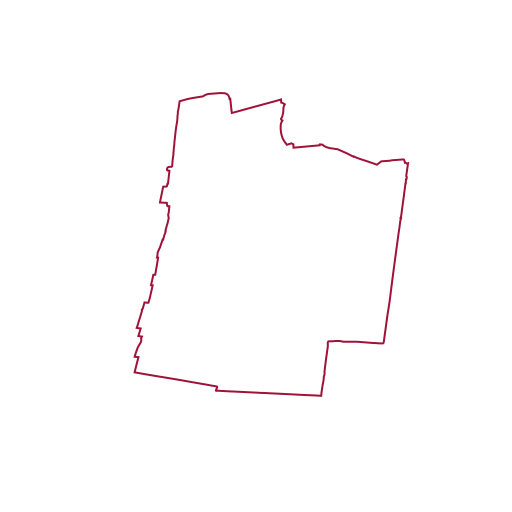 outline of Rijswijk, Zuid-Holland, Netherlands, rotated 307°
{"feature_id": "6326949B66276661234302", "entity_name": "Rijswijk", "entity_type": "district", "adm_level": 2, "iso_a3": "NLD", "parent_name": "Netherlands", "parent_adm1": "Zuid-Holland", "projection": "robinson", "projection_center": [4.329, 52.037], "detail": "fine", "context": "isolated", "style": "outline", "palette": "rose", "viewbox_px": 512, "rotation_deg": 307, "n_neighbors": 0, "source": "geoboundaries", "source_scale": "gbopen_adm2", "svg_char_len": 6004}
<svg xmlns="http://www.w3.org/2000/svg" viewBox="0 0 512 512"><g transform="rotate(307 256 256)"><path d="M421.6,321.6L420.6,320.9L420.6,319.2L420.1,318.8L421.5,317.1L421.8,316.5L422.0,316.2L421.9,315.9L421.8,315.5L421.5,315.2L418.6,311.9L414.4,307.1L412.7,305.6L407.0,299.1L401.7,297.6L400.6,294.1L398.7,288.2L396.8,282.7L395.4,278.5L395.2,277.9L394.4,274.2L394.0,274.2L393.7,272.5L393.3,270.5L393.0,268.9L392.9,267.8L391.6,262.2L390.4,257.0L386.4,249.7L385.4,247.0L384.9,244.6L384.8,243.3L384.8,242.8L385.0,242.3L384.2,240.9L383.9,240.3L383.5,239.8L382.7,240.2L365.1,220.8L367.7,218.6L367.5,217.9L367.3,216.5L363.4,213.7L364.3,210.6L365.0,208.6L366.0,206.5L367.5,204.3L369.0,202.4L370.8,200.6L372.7,198.9L375.4,197.0L376.0,196.6L377.5,196.0L378.7,195.7L380.1,195.6L380.1,195.2L380.1,194.9L380.1,194.6L380.1,194.2L380.2,193.9L380.3,193.8L380.4,193.6L380.6,193.5L380.7,193.4L380.9,193.4L381.7,193.3L382.3,193.3L382.6,193.2L383.4,192.9L384.3,192.6L385.4,192.1L386.1,191.8L387.3,191.1L388.0,190.7L388.6,190.3L389.2,189.9L390.1,189.3L390.5,189.0L391.1,188.7L391.5,188.4L392.2,188.2L392.9,187.9L393.6,187.8L394.5,187.7L394.4,186.8L394.2,184.9L393.7,183.8L396.1,181.8L395.3,181.2L390.1,177.3L389.6,176.9L389.0,176.4L380.6,169.9L373.5,164.4L369.9,161.6L368.5,160.5L366.0,158.6L364.6,157.5L364.4,157.4L364.1,157.1L363.2,156.5L361.6,155.2L357.8,152.3L355.7,150.6L357.3,149.0L366.0,140.9L365.5,140.4L366.1,139.8L366.4,139.5L366.7,138.9L367.1,138.3L367.4,137.8L367.5,137.5L367.6,137.1L367.7,136.7L367.8,136.2L367.8,135.7L367.7,135.1L367.7,134.8L367.6,134.5L367.4,133.8L367.1,133.0L366.9,132.6L366.5,132.1L366.3,131.7L365.8,131.1L364.9,129.7L359.0,123.0L357.0,120.7L356.7,120.4L356.5,120.2L356.2,120.0L354.0,118.5L351.6,117.6L343.6,109.9L340.3,107.0L336.4,104.0L333.6,101.9L332.6,102.4L332.1,102.7L330.8,103.4L330.1,103.8L328.5,104.7L327.5,105.2L326.2,105.9L324.7,106.5L323.8,107.0L323.6,107.2L322.8,107.8L320.3,109.2L319.9,109.5L319.6,109.8L319.3,110.0L318.8,110.2L318.4,110.5L318.0,110.8L317.4,111.2L315.5,112.3L313.8,113.2L312.9,113.6L311.8,114.2L311.5,114.4L311.1,114.6L310.7,114.8L310.2,115.0L309.5,115.6L309.2,115.6L308.8,115.8L308.5,116.0L308.3,116.1L305.3,117.9L299.9,121.1L299.2,121.5L298.2,122.1L297.3,122.7L295.3,124.0L292.6,125.5L291.7,126.1L291.0,126.6L288.7,128.0L288.1,128.3L287.9,128.5L287.3,129.0L286.0,129.7L283.8,130.9L282.3,131.8L280.1,133.2L277.4,134.9L277.0,135.0L276.9,135.0L276.7,134.9L276.4,134.8L274.9,133.0L274.7,132.8L274.6,132.7L274.3,132.5L273.8,132.3L273.3,132.2L273.0,132.2L272.6,132.3L272.1,132.5L271.6,132.8L271.2,133.1L271.0,133.7L271.0,133.9L271.1,134.1L271.9,135.2L272.0,135.5L270.2,136.7L269.7,136.9L260.8,142.2L260.6,142.0L260.3,141.8L259.9,142.0L258.4,142.8L258.0,142.8L257.4,142.6L256.0,140.7L255.8,140.4L255.6,140.2L255.3,140.3L253.2,141.2L251.7,142.0L250.8,142.4L247.2,144.1L240.9,147.1L244.8,152.8L244.0,153.5L243.4,154.1L243.1,154.5L242.5,155.3L242.7,155.6L243.1,156.1L243.5,156.6L243.6,156.9L238.3,160.1L236.1,161.0L233.6,163.6L232.4,164.1L228.6,165.8L227.3,166.2L222.2,168.3L221.6,168.5L221.6,168.9L219.9,169.6L217.9,170.1L214.4,171.5L213.3,172.0L213.0,171.5L204.9,174.2L204.1,174.3L203.3,174.5L200.2,175.2L199.8,175.3L199.6,175.4L199.2,175.6L199.0,175.8L197.6,176.6L196.6,177.2L195.5,177.8L195.2,177.9L195.7,178.6L195.8,178.8L190.8,181.4L190.3,181.7L187.8,183.0L186.5,183.6L185.7,184.0L180.4,186.8L179.2,185.3L174.5,187.5L173.4,188.0L172.4,188.4L169.5,189.7L170.4,191.1L169.0,191.7L168.0,192.2L167.6,192.4L161.1,195.3L159.6,196.0L158.5,196.5L155.7,197.5L154.0,198.2L153.7,197.9L153.5,197.7L151.8,194.9L151.1,195.2L147.1,196.7L145.6,197.3L145.4,197.3L145.1,197.3L144.9,197.2L144.6,197.1L144.3,197.2L144.1,197.6L143.4,198.0L142.1,198.5L141.9,198.6L135.3,201.0L133.2,201.7L130.5,202.8L129.3,203.2L129.0,203.3L128.3,203.5L126.8,204.0L128.7,207.5L126.3,208.4L121.3,210.2L123.0,213.4L120.9,213.9L120.8,214.2L119.9,214.9L118.9,215.5L118.6,215.7L117.8,215.9L113.8,216.4L112.7,216.5L111.1,216.8L104.9,218.8L102.5,219.7L104.5,223.0L97.9,225.7L90.0,229.1L90.5,230.0L91.7,232.3L94.1,237.1L99.5,247.5L101.1,250.6L102.5,253.2L106.0,259.9L109.8,267.2L113.1,273.6L117.1,281.5L120.5,288.1L121.2,289.6L122.5,291.9L123.2,293.4L123.8,294.5L125.7,298.4L125.8,298.7L126.1,299.2L126.4,299.6L127.1,301.0L128.1,303.0L128.2,303.3L128.2,303.5L127.9,303.9L127.7,304.0L127.4,304.1L125.2,304.7L124.6,304.8L124.4,305.0L124.6,305.6L125.9,307.2L127.2,309.3L128.8,311.6L130.0,313.4L131.2,315.2L134.5,320.0L147.7,339.4L149.6,342.3L151.3,344.6L154.3,349.1L157.1,353.2L162.9,361.7L170.2,372.5L174.3,378.6L180.2,387.1L183.6,392.2L186.2,390.6L190.0,388.5L191.9,387.5L193.4,386.7L195.5,385.7L196.6,385.1L197.5,384.7L198.4,384.1L199.7,383.3L199.9,383.1L200.4,382.8L200.9,382.6L201.2,382.5L201.9,382.3L202.3,382.1L203.0,381.8L203.4,381.5L203.7,381.3L204.2,380.8L204.7,380.4L204.9,380.3L205.9,379.7L207.4,378.8L213.7,375.2L217.2,373.2L220.5,371.4L221.7,370.7L224.6,369.1L226.6,368.0L227.7,367.3L228.0,367.1L229.2,366.0L229.4,365.9L230.0,365.5L230.3,365.3L230.6,365.2L230.8,365.2L231.1,365.2L231.5,365.4L231.7,365.6L232.0,365.9L232.2,366.2L233.6,367.9L234.4,369.0L234.8,369.4L235.5,370.1L235.9,370.6L236.4,371.2L237.3,372.4L238.0,373.3L239.0,375.0L239.8,376.7L240.1,377.3L241.9,379.8L243.5,381.9L245.5,384.5L246.3,385.6L247.7,387.5L248.0,388.0L249.0,389.3L250.5,391.7L252.5,394.8L253.3,396.1L256.0,400.3L256.8,401.6L258.5,404.0L260.0,406.4L261.7,408.8L262.3,409.6L262.6,410.0L262.8,410.1L263.0,410.1L263.3,410.1L263.7,410.0L264.2,409.8L268.5,407.4L285.0,398.2L284.9,398.2L285.4,397.9L292.7,394.0L294.1,393.3L301.1,389.5L302.2,388.8L303.9,387.9L306.7,386.3L308.9,385.0L323.1,376.9L341.2,366.7L361.0,355.6L365.3,353.3L368.8,351.3L370.9,350.1L372.1,349.6L373.4,349.2L373.2,348.6L374.5,348.2L375.6,347.7L376.8,347.0L378.1,346.3L381.1,344.6L385.0,342.4L388.0,340.7L389.1,340.1L392.9,338.0L395.0,336.7L396.2,336.1L401.8,332.9L403.9,331.7L404.1,331.9L406.3,330.4L407.6,329.6L408.0,329.9L409.6,329.0L409.9,328.8L410.2,327.9L411.6,327.1L415.4,325.0L421.6,321.6Z" fill="none" stroke="#9f1239" stroke-width="2"/></g></svg>